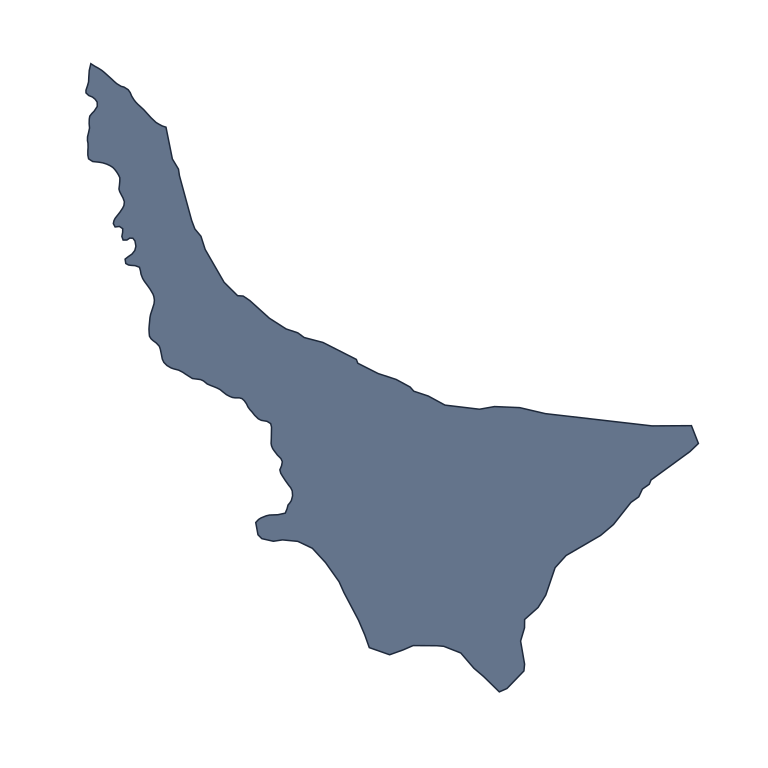 outline of Chimaltenango, Chimaltenango, Guatemala, rotated 274°
{"feature_id": "79465075B80074787415799", "entity_name": "Chimaltenango", "entity_type": "district", "adm_level": 2, "iso_a3": "GTM", "parent_name": "Guatemala", "parent_adm1": "Chimaltenango", "projection": "mercator", "projection_center": [-90.802, 14.686], "detail": "fine", "context": "isolated", "style": "filled", "palette": "slate", "viewbox_px": 768, "rotation_deg": 274, "n_neighbors": 0, "source": "geoboundaries", "source_scale": "gbopen_adm2", "svg_char_len": 3198}
<svg xmlns="http://www.w3.org/2000/svg" viewBox="0 0 768 768"><g transform="rotate(274 384 384)"><path d="M683.1,69.2L676.3,68.1L669.2,68.1L664.7,68.2L660.9,67.4L656.3,66.2L653.6,66.4L651.2,69.3L649.9,73.2L647.9,76.0L645.2,78.2L640.9,78.6L635.9,75.8L633.6,73.8L630.7,71.8L627.8,71.5L623.1,71.7L618.8,72.4L613.9,71.7L609.9,71.0L606.1,71.2L603.6,71.9L599.3,72.3L596.1,72.3L591.7,72.6L588.0,73.6L585.6,77.9L585.4,84.0L585.0,88.0L584.0,92.1L582.6,95.7L581.1,98.4L579.3,100.4L576.9,102.5L574.0,104.6L571.3,106.1L567.9,106.3L563.7,106.2L560.0,106.0L557.5,106.9L554.0,109.0L551.5,110.6L547.7,112.3L543.9,112.1L541.2,111.0L537.0,108.6L532.6,105.6L530.5,104.2L528.0,103.2L525.1,102.8L521.9,104.8L522.7,109.1L520.7,112.5L517.1,112.7L512.9,112.2L509.4,113.7L509.7,117.5L511.8,120.2L511.9,123.3L509.3,125.6L504.1,126.9L499.8,126.1L496.0,123.5L493.3,120.1L490.5,117.0L486.2,118.0L484.9,120.8L484.7,123.3L484.7,127.5L483.4,131.9L479.8,133.2L476.7,133.9L472.4,135.9L469.6,137.9L465.4,141.5L462.2,144.1L457.5,147.3L455.2,148.3L451.7,149.1L448.1,149.0L442.3,147.6L437.2,146.3L433.9,145.9L429.6,145.8L425.5,145.7L422.4,145.7L418.3,146.2L415.3,146.7L412.8,148.5L411.1,150.7L409.0,154.0L406.0,157.2L403.2,158.4L398.3,159.8L393.4,161.1L390.2,162.9L387.3,166.2L385.2,170.4L384.5,172.9L384.0,175.5L383.5,178.2L381.6,182.6L380.1,185.1L376.1,192.5L375.8,197.9L375.6,200.8L374.5,203.7L371.7,207.6L370.4,211.3L369.6,214.0L368.4,217.6L367.0,220.9L365.1,223.5L362.4,227.5L360.9,230.9L360.0,233.7L359.8,236.3L360.1,240.8L359.5,243.4L357.6,245.8L354.5,248.3L351.6,249.9L349.1,252.0L346.8,254.4L343.7,257.2L340.5,261.0L339.2,264.1L338.6,269.9L336.6,273.7L333.2,274.8L325.4,275.2L321.4,275.4L316.9,275.5L314.5,276.1L311.7,277.5L309.7,279.1L305.6,282.7L302.5,286.3L299.4,288.0L295.3,287.5L291.1,286.1L287.8,287.2L284.8,289.3L280.7,292.4L278.4,294.3L276.1,296.2L274.1,298.1L271.0,299.9L266.1,300.6L261.3,299.7L258.9,298.4L256.6,296.7L252.8,296.0L248.3,294.5L246.2,287.3L245.3,279.0L244.3,275.7L241.8,270.6L240.1,268.3L236.9,265.7L224.8,268.8L221.2,272.9L219.4,284.6L221.4,293.6L221.0,309.0L215.1,324.0L201.7,338.2L183.6,353.0L173.1,358.6L146.5,375.1L132.2,382.4L120.0,387.7L114.3,408.5L120.1,421.7L125.1,431.3L126.6,455.0L126.5,461.9L121.0,479.4L106.7,493.5L99.1,503.8L84.9,520.5L88.8,527.9L107.5,543.6L114.3,543.8L137.1,538.2L150.6,541.2L158.9,540.7L171.8,553.3L184.7,560.1L212.7,567.5L225.6,577.6L248.1,610.7L259.8,622.7L283.1,638.6L289.2,646.0L297.2,649.1L302.5,655.6L306.9,657.1L337.9,693.9L346.6,701.8L363.9,693.6L360.9,654.3L365.7,547.0L369.9,521.0L369.2,495.8L365.5,481.0L367.2,446.3L375.1,429.0L378.9,414.2L382.8,410.3L389.4,395.8L394.0,377.5L402.9,356.4L406.6,354.7L421.2,320.2L424.8,301.1L429.0,294.5L432.1,282.5L441.6,265.1L457.9,244.3L461.9,237.4L461.9,231.8L474.3,217.4L505.8,196.2L518.6,191.1L525.5,184.5L533.8,180.7L577.6,165.4L584.0,164.0L593.7,157.2L625.0,148.6L625.9,144.9L627.6,141.1L629.1,138.2L633.4,133.0L637.8,128.4L640.8,125.3L643.3,122.2L645.8,119.0L647.9,116.7L650.0,114.8L653.6,112.2L657.0,110.5L659.7,108.3L662.1,103.9L662.6,101.0L665.0,96.4L667.2,93.5L669.2,91.1L672.0,87.5L674.2,84.7L675.8,82.6L677.3,80.4L679.2,76.9L680.8,73.4L683.1,69.2Z" fill="#64748b" stroke="#1e293b" stroke-width="1.5"/></g></svg>